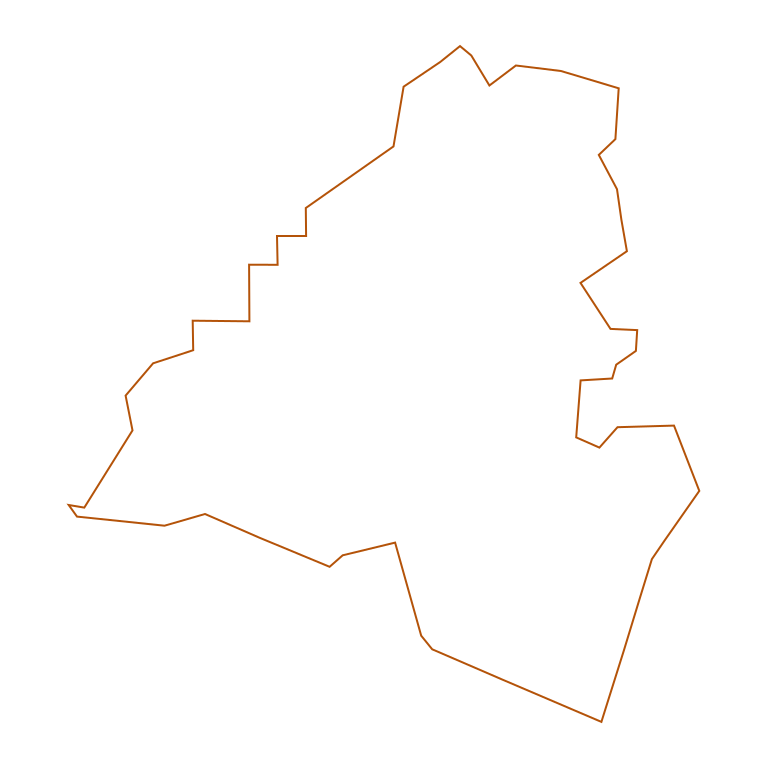 Lafayette, Louisiana, United States of America (Robinson projection)
{"feature_id": "52423323B160469889501", "entity_name": "Lafayette", "entity_type": "district", "adm_level": 2, "iso_a3": "USA", "parent_name": "United States of America", "parent_adm1": "Louisiana", "projection": "robinson", "projection_center": [-92.061, 30.209], "detail": "fine", "context": "isolated", "style": "outline", "palette": "amber", "viewbox_px": 768, "rotation_deg": 0, "n_neighbors": 0, "source": "geoboundaries", "source_scale": "gbopen_adm2", "svg_char_len": 788}
<svg xmlns="http://www.w3.org/2000/svg" viewBox="0 0 768 768"><path d="M305.8,208.0L306.1,236.0L277.0,236.0L277.6,264.8L249.1,264.7L249.4,321.3L192.7,320.7L193.2,350.2L153.1,363.3L125.6,395.6L132.5,430.4L84.3,507.6L68.7,505.0L77.0,516.6L164.5,525.7L205.0,514.0L259.2,537.6L329.6,566.8L342.7,555.3L395.1,542.6L421.2,635.7L432.2,649.3L502.6,679.7L601.4,721.9L605.5,708.8L623.8,650.7L639.7,598.6L651.9,559.1L664.6,540.5L699.3,490.9L674.0,425.6L617.5,427.2L599.4,447.6L576.2,437.4L580.6,380.4L612.2,378.5L616.2,364.7L635.9,350.9L637.2,330.1L610.5,328.9L580.5,282.9L626.9,251.2L621.4,219.8L617.0,189.2L598.8,154.9L615.4,139.1L618.7,88.3L560.9,71.0L515.9,65.5L489.4,85.5L471.3,55.5L460.0,46.1L440.2,62.0L403.6,86.7L393.5,146.4L305.8,208.0Z" fill="none" stroke="#b45309" stroke-width="2"/></svg>